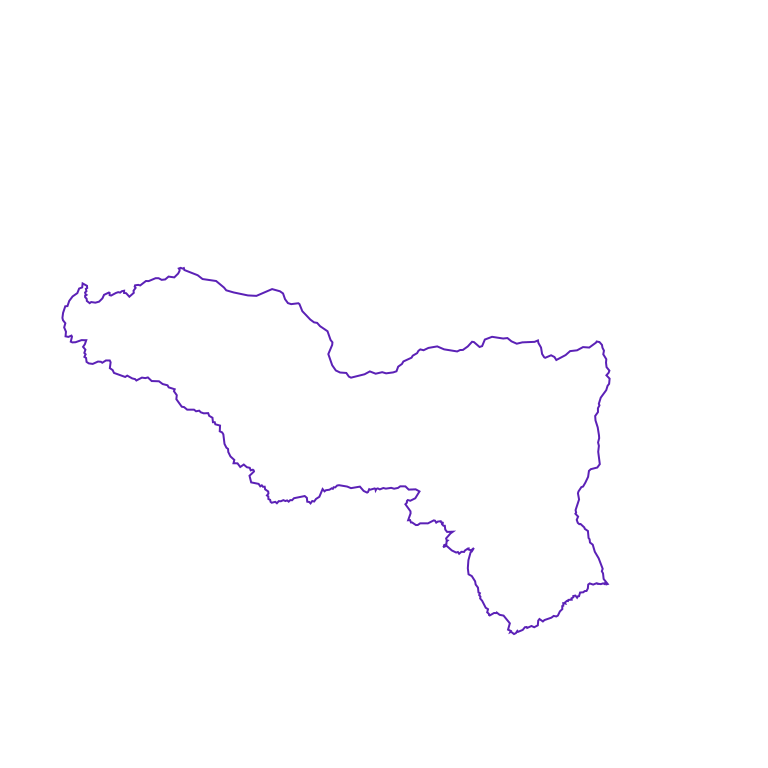 the district of Cotacachi, Imbabura, Ecuador, rotated 38°
{"feature_id": "8360857B15521483188159", "entity_name": "Cotacachi", "entity_type": "district", "adm_level": 2, "iso_a3": "ECU", "parent_name": "Ecuador", "parent_adm1": "Imbabura", "projection": "natural_earth1", "projection_center": [-78.573, 0.395], "detail": "fine", "context": "isolated", "style": "outline", "palette": "violet", "viewbox_px": 768, "rotation_deg": 38, "n_neighbors": 0, "source": "geoboundaries", "source_scale": "gbopen_adm2", "svg_char_len": 6141}
<svg xmlns="http://www.w3.org/2000/svg" viewBox="0 0 768 768"><g transform="rotate(38 384 384)"><path d="M683.4,403.9L677.1,402.4L673.2,398.4L670.9,397.4L670.1,395.0L660.5,389.2L653.4,386.4L647.4,382.1L643.9,382.1L641.6,379.8L640.0,379.4L635.2,374.3L631.4,374.5L630.1,373.7L625.1,373.3L624.2,374.2L622.2,374.1L619.5,372.4L618.6,369.0L614.7,368.4L614.6,367.1L612.6,365.4L608.8,354.9L604.1,350.7L603.4,348.9L603.0,343.8L604.0,342.2L603.4,337.8L602.0,331.5L599.0,326.3L599.4,323.8L603.5,318.5L603.4,314.3L594.5,305.5L591.4,300.4L588.7,298.3L586.9,294.2L585.0,292.1L579.1,286.6L573.1,282.5L570.1,279.2L569.9,274.4L567.5,271.4L566.9,268.1L565.5,267.4L563.2,261.3L562.9,252.0L561.3,247.8L561.3,245.3L558.5,240.9L553.9,240.2L554.1,236.8L553.4,234.7L549.0,233.7L545.8,230.5L543.9,227.6L538.5,225.6L536.8,222.3L533.8,220.9L531.7,219.0L528.0,218.3L525.4,219.6L525.6,220.8L523.3,228.9L518.1,232.4L515.4,238.6L510.4,243.5L509.3,249.4L505.0,259.0L501.7,257.8L498.0,258.5L494.9,264.1L493.7,264.3L490.1,263.0L485.3,258.6L480.4,256.6L478.5,254.9L476.7,258.1L467.4,266.0L463.8,270.5L458.2,271.9L453.0,271.8L449.9,274.8L440.1,280.3L436.1,286.9L438.0,293.7L436.5,296.0L429.1,295.6L427.4,296.5L426.9,302.8L425.2,308.6L423.1,310.3L421.6,313.3L410.0,319.7L402.8,321.6L396.8,328.2L394.4,333.0L391.3,334.4L390.7,336.7L391.1,339.3L389.2,344.0L389.5,346.3L385.4,354.3L385.8,357.2L384.5,361.6L386.0,366.3L384.1,369.2L379.1,374.3L375.3,375.8L371.1,381.0L365.1,382.8L362.7,388.3L354.1,399.3L351.8,399.8L347.5,398.5L342.3,402.0L337.7,403.0L331.6,401.1L321.7,394.7L319.1,385.1L317.7,382.9L314.8,382.2L307.0,377.2L298.0,377.8L293.7,377.0L290.9,378.5L286.2,378.6L274.8,376.9L268.2,373.1L266.8,373.1L261.7,378.2L258.5,379.4L253.8,378.1L248.7,374.8L244.9,375.0L237.4,378.1L229.2,393.1L222.2,398.0L209.2,404.4L202.0,407.3L198.5,406.5L188.3,406.2L176.4,413.0L170.2,413.0L156.5,417.1L154.9,415.9L154.2,417.1L152.3,417.6L151.2,419.3L152.7,419.8L153.3,421.0L153.8,423.7L153.1,429.1L148.1,432.0L147.2,436.3L144.7,438.8L141.3,439.4L138.9,441.2L135.2,447.8L133.0,449.4L131.2,456.4L129.3,457.2L127.1,459.5L127.6,460.8L129.1,461.2L129.2,464.7L130.7,466.2L129.6,472.0L124.9,471.2L123.1,472.3L121.8,470.5L120.3,472.3L119.8,474.4L118.0,475.3L116.7,477.3L114.5,482.3L113.1,482.9L111.6,481.1L110.9,481.3L108.5,486.1L109.4,489.9L108.8,494.5L106.5,497.6L102.8,499.7L102.3,501.5L98.7,501.5L97.2,499.9L95.1,499.6L94.2,498.6L94.7,497.0L93.7,497.1L92.1,495.9L92.4,494.1L90.5,492.6L91.0,491.1L89.5,489.5L84.6,490.3L86.7,493.7L85.0,496.5L86.4,501.2L84.7,506.7L84.8,512.3L86.6,517.5L85.0,519.0L87.3,525.5L89.9,529.9L91.8,531.4L95.5,532.3L97.1,536.3L101.2,538.6L103.7,542.5L106.3,541.2L107.9,538.3L109.0,538.8L111.1,543.5L112.8,543.1L115.2,541.0L118.6,535.7L122.4,532.8L123.8,536.8L124.0,540.0L127.6,540.8L128.7,544.0L130.6,544.3L131.2,547.1L133.2,546.9L136.0,549.7L138.7,549.5L142.1,547.5L144.8,542.4L147.2,540.8L148.9,540.7L150.4,536.6L153.4,534.3L155.2,535.2L158.2,540.3L161.6,540.1L164.4,541.5L175.7,537.8L176.5,535.5L182.2,534.6L184.8,533.4L186.7,533.7L189.3,528.0L192.3,526.3L193.9,524.2L199.1,524.7L205.0,520.4L209.6,520.3L214.2,518.3L216.4,519.2L222.3,517.0L222.9,519.0L227.6,520.4L229.7,523.8L238.6,526.4L240.7,525.3L244.7,525.4L250.1,521.2L252.7,521.2L254.8,518.8L257.0,519.1L260.0,518.1L263.4,515.2L265.8,516.7L269.6,516.2L272.7,519.4L274.1,518.3L275.9,519.6L280.4,517.7L283.7,522.4L286.3,521.8L288.4,522.6L295.2,529.4L299.0,531.2L301.1,531.2L303.2,533.5L307.6,535.6L312.8,536.0L314.2,539.1L317.4,536.7L321.8,537.9L323.1,533.8L327.2,534.0L329.8,532.7L332.1,534.1L333.4,532.3L334.5,532.3L335.4,533.0L334.5,539.1L339.9,543.3L346.7,539.9L349.5,540.8L350.1,539.1L351.9,539.5L353.2,538.4L355.2,540.2L358.9,540.0L360.4,541.5L360.4,543.9L362.0,543.8L363.7,545.8L365.6,545.4L367.2,546.7L368.6,546.7L370.9,543.8L373.0,543.9L373.2,541.1L374.9,539.9L376.2,537.5L378.4,536.9L379.3,535.4L381.3,535.4L381.6,533.2L383.1,532.2L383.4,529.4L390.5,521.1L393.3,521.2L396.0,524.0L397.8,523.0L399.6,523.3L399.5,520.4L401.3,519.6L401.2,516.4L402.5,512.7L400.3,504.6L403.2,505.2L403.6,503.5L406.1,500.9L407.0,498.4L408.2,498.1L407.9,496.4L409.2,495.5L409.6,492.8L410.9,491.4L418.1,487.5L422.1,486.4L428.2,479.7L433.8,480.8L437.5,480.0L437.9,479.0L437.1,476.0L438.2,475.8L440.9,472.1L441.7,471.9L442.9,472.9L442.6,471.3L443.4,470.1L445.6,469.6L447.5,466.4L449.9,465.3L453.6,461.4L456.4,460.3L459.0,457.3L459.8,454.6L463.9,451.5L468.5,452.0L473.8,447.5L478.1,446.8L479.0,454.8L476.6,459.8L474.2,460.8L474.1,462.1L475.1,463.4L474.9,465.6L483.2,468.0L484.6,469.6L486.9,476.5L488.3,475.2L490.5,476.5L491.4,475.8L496.0,475.5L497.4,474.3L498.3,471.5L504.4,466.8L507.2,460.8L508.4,460.3L510.5,461.1L511.1,459.3L513.2,457.2L514.0,457.7L515.7,457.1L516.5,458.3L515.7,457.5L514.5,458.5L515.6,457.9L516.1,458.8L518.1,459.1L519.2,458.3L521.9,461.0L524.8,461.7L529.2,458.0L528.4,460.7L528.0,467.4L529.6,468.6L530.5,468.2L530.3,469.6L531.7,471.7L530.6,474.1L531.2,474.6L531.1,476.2L532.8,473.0L539.9,473.4L544.6,472.4L545.7,470.9L547.7,471.5L548.3,468.6L550.5,467.0L550.3,465.4L551.4,462.0L551.9,461.5L552.5,462.4L555.1,461.4L555.8,457.9L556.3,462.1L555.8,463.2L559.0,470.9L563.5,477.6L567.8,481.9L571.4,481.3L577.3,483.4L579.7,485.6L583.4,486.6L586.8,490.1L588.4,489.8L588.9,491.7L590.9,492.2L591.8,493.8L594.8,494.4L601.9,497.7L604.6,497.4L605.9,500.4L608.1,500.5L609.0,501.4L609.8,501.3L611.7,496.7L613.5,495.4L613.5,494.7L617.2,494.7L620.8,492.9L630.5,495.1L633.0,501.2L636.0,500.5L636.3,501.8L636.7,501.0L640.4,501.0L641.3,499.1L641.1,496.5L642.2,496.8L644.7,492.4L644.8,488.9L646.0,487.7L647.0,488.1L649.2,483.9L652.1,483.2L653.8,479.5L651.2,475.5L651.2,473.5L655.4,473.3L655.8,471.2L659.8,465.0L660.5,462.3L662.9,461.1L663.6,459.4L662.6,454.9L663.1,451.6L661.2,449.3L661.8,448.4L660.2,446.3L662.0,445.4L661.1,445.0L661.6,442.4L662.6,441.8L662.2,440.6L664.7,438.4L663.7,437.5L664.5,435.5L663.7,434.5L665.1,432.9L667.7,433.5L667.5,432.0L668.3,431.1L666.9,427.6L669.3,425.4L669.6,423.7L671.0,422.4L670.5,419.6L668.4,416.3L668.9,414.5L672.3,413.3L674.2,410.1L675.2,409.7L676.0,410.5L675.7,409.6L678.1,408.2L679.4,406.2L680.8,405.9L680.7,404.8L682.5,405.1L683.4,403.9Z" fill="none" stroke="#5b21b6" stroke-width="2"/></g></svg>